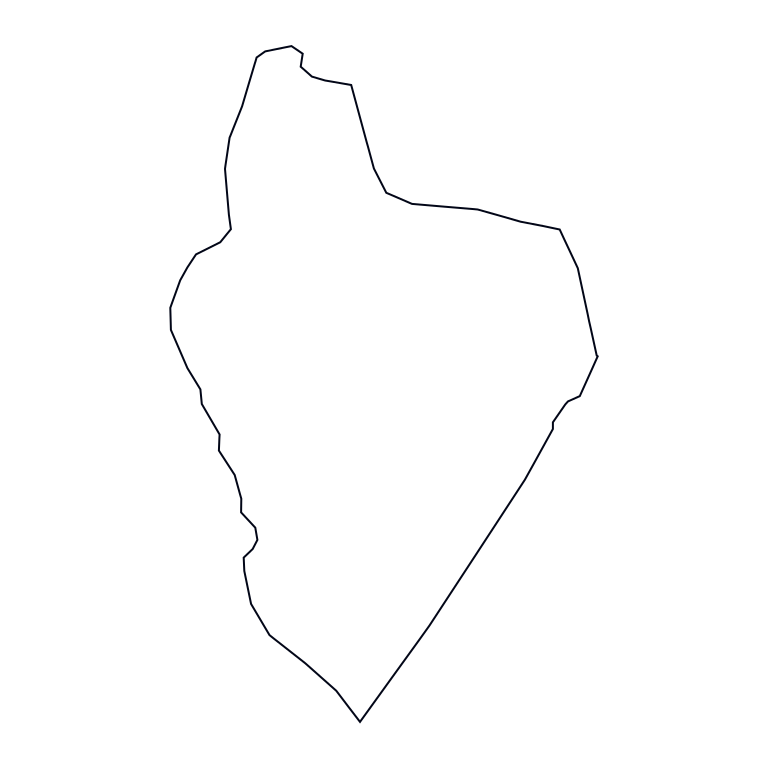 Boe & Quilla, Nimba, Liberia (Natural Earth projection)
{"feature_id": "62588387B21067170743113", "entity_name": "Boe & Quilla", "entity_type": "district", "adm_level": 2, "iso_a3": "LBR", "parent_name": "Liberia", "parent_adm1": "Nimba", "projection": "natural_earth1", "projection_center": [-8.658, 6.778], "detail": "fine", "context": "isolated", "style": "outline", "palette": "ink", "viewbox_px": 768, "rotation_deg": 0, "n_neighbors": 0, "source": "geoboundaries", "source_scale": "gbopen_adm2", "svg_char_len": 1265}
<svg xmlns="http://www.w3.org/2000/svg" viewBox="0 0 768 768"><path d="M361.5,719.8L380.7,693.2L392.3,677.1L419.5,639.5L429.5,625.5L478.7,550.4L524.9,479.7L535.1,461.3L552.9,429.0L552.9,422.3L565.3,404.4L567.0,402.5L568.0,401.4L579.8,396.1L591.8,369.5L597.7,356.3L596.7,355.5L590.8,328.6L589.1,321.2L587.6,313.8L577.8,268.2L570.6,252.8L564.2,239.2L559.7,229.5L554.9,228.5L543.5,226.1L520.6,221.7L496.2,214.7L477.7,209.5L473.6,209.1L444.7,206.7L412.0,203.9L389.1,194.0L386.3,192.8L373.9,168.5L367.9,146.4L366.8,142.6L351.2,85.0L330.5,81.4L325.1,80.5L311.9,76.6L307.3,72.5L300.7,66.7L302.7,53.7L291.5,46.1L285.4,47.3L265.2,51.4L256.6,57.5L255.5,61.4L255.0,62.9L249.3,82.0L242.1,106.3L233.5,127.9L230.5,135.5L229.6,137.6L225.4,165.9L225.0,168.9L227.0,192.5L228.9,214.7L230.9,229.2L227.1,233.8L220.3,242.2L196.0,254.4L187.4,267.4L180.2,280.3L172.3,302.2L170.3,307.8L170.8,325.9L170.9,329.9L187.4,368.1L200.4,389.4L201.5,400.8L201.8,404.0L215.8,428.0L219.6,434.5L219.4,438.1L218.9,450.6L234.7,475.0L240.2,494.9L241.3,498.7L241.2,504.8L241.1,512.4L255.3,527.7L257.4,539.9L252.7,549.0L243.7,557.6L244.3,571.0L250.9,603.1L251.1,604.0L269.5,635.1L273.6,638.4L305.3,663.3L336.3,690.8L348.6,707.0L360.0,721.9L361.5,719.8Z" fill="none" stroke="#020617" stroke-width="2"/></svg>